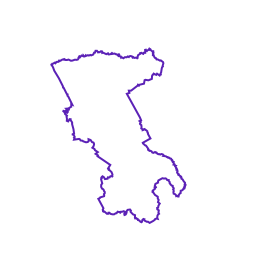 the district of Cam My, Đồng Nai, Vietnam, rotated 240°
{"feature_id": "81297802B33413589576034", "entity_name": "Cam My", "entity_type": "district", "adm_level": 2, "iso_a3": "VNM", "parent_name": "Vietnam", "parent_adm1": "Đồng Nai", "projection": "mercator", "projection_center": [107.218, 10.784], "detail": "fine", "context": "isolated", "style": "outline", "palette": "violet", "viewbox_px": 256, "rotation_deg": 240, "n_neighbors": 0, "source": "geoboundaries", "source_scale": "gbopen_adm2", "svg_char_len": 5744}
<svg xmlns="http://www.w3.org/2000/svg" viewBox="0 0 256 256"><g transform="rotate(240 128 128)"><path d="M81.5,66.9L70.8,66.6L69.9,65.3L68.7,65.3L68.8,64.9L68.3,64.7L67.7,65.0L67.2,65.9L64.2,66.9L63.6,68.1L64.4,68.7L64.1,69.4L62.2,70.1L60.9,71.5L60.2,72.8L60.3,74.7L59.9,75.4L60.7,77.2L59.7,78.2L59.3,79.2L58.8,78.8L58.5,79.0L59.0,80.1L58.4,81.1L58.1,82.7L56.9,83.4L56.6,82.9L55.6,82.9L55.6,82.3L55.1,82.1L55.2,81.7L54.4,81.5L54.2,82.5L54.6,83.5L55.6,84.6L56.6,85.1L57.3,86.7L56.4,89.0L55.0,89.2L54.4,88.4L54.0,88.3L50.6,89.2L49.0,90.5L46.8,89.1L46.1,89.0L45.7,90.2L44.8,90.3L44.3,90.9L43.3,90.6L42.4,91.5L40.6,91.9L39.7,92.5L39.8,93.2L41.2,94.5L41.5,95.9L40.8,96.5L40.5,96.0L39.4,96.1L37.3,97.5L36.9,98.4L35.0,99.3L34.9,103.2L35.1,105.3L35.6,106.0L35.3,107.5L34.5,108.3L35.8,108.5L37.4,109.7L38.1,110.9L38.2,112.0L39.4,112.0L41.3,113.5L42.9,112.7L44.2,113.3L44.0,114.3L45.5,115.5L46.7,117.7L48.8,116.9L50.4,118.6L52.0,118.5L53.6,119.4L56.6,117.9L59.2,117.7L60.3,117.3L60.4,117.9L61.4,118.1L61.9,121.0L62.9,121.2L62.7,122.5L63.3,122.6L64.3,122.1L65.9,123.8L65.7,126.7L66.2,126.8L67.4,128.1L67.3,132.7L66.2,133.9L65.7,135.2L64.9,135.8L63.4,135.9L62.6,137.1L62.2,136.7L60.6,137.1L59.6,136.5L58.9,136.8L58.1,136.5L56.3,137.1L55.6,137.8L54.7,137.3L53.1,137.5L52.6,137.3L52.3,136.4L51.3,136.4L50.1,135.8L49.9,135.3L48.3,134.7L47.1,135.7L45.8,136.0L44.9,135.7L44.7,136.6L44.0,136.7L43.4,137.5L44.7,138.7L45.4,140.2L45.3,141.0L47.3,142.3L46.9,144.1L48.0,146.1L47.4,146.2L47.4,146.6L47.9,146.7L48.2,147.4L48.8,147.3L49.0,148.2L50.0,148.4L49.9,149.0L50.5,149.0L50.5,149.5L51.6,149.5L52.2,150.0L53.8,149.6L56.1,149.6L57.5,148.9L58.2,149.5L59.2,149.7L59.5,149.0L60.4,149.2L61.7,148.5L62.3,148.8L62.6,148.2L63.3,148.5L64.8,148.2L65.4,148.6L65.5,149.1L66.6,149.6L67.2,149.7L67.5,149.2L68.0,149.6L68.6,149.4L68.8,149.9L71.0,149.7L71.3,150.4L71.8,149.7L72.8,149.9L73.3,149.4L73.4,149.9L73.8,149.6L74.8,150.2L75.8,149.8L76.0,150.2L76.2,149.9L76.9,150.2L77.6,149.8L78.2,150.2L78.5,149.9L78.9,150.3L78.7,149.9L79.8,150.0L80.7,149.0L81.5,149.0L82.1,147.9L83.0,147.9L83.3,147.2L84.5,146.7L86.1,144.7L86.3,145.3L87.8,144.9L88.8,143.8L88.9,142.6L89.9,141.9L90.1,141.2L91.2,140.5L92.5,140.4L93.2,139.8L92.9,139.6L93.8,138.7L93.8,137.5L94.6,136.8L96.1,136.7L97.2,135.9L97.4,135.2L98.4,134.8L98.8,135.1L99.4,135.1L99.5,134.7L100.3,135.1L103.7,134.8L104.4,134.2L107.1,133.3L107.8,133.4L107.7,142.2L112.7,142.3L113.6,142.8L114.3,142.6L115.6,143.1L117.1,142.6L117.9,141.9L118.8,141.9L119.2,140.5L118.7,140.0L118.8,139.6L119.5,140.0L121.0,139.3L122.0,140.2L123.9,141.0L125.2,140.4L125.9,140.6L126.7,142.0L128.2,141.5L128.1,143.2L131.3,143.6L158.2,144.1L157.7,146.8L159.9,147.4L158.8,149.4L159.9,157.6L160.5,158.3L159.9,158.7L158.8,157.8L159.7,159.6L158.4,164.0L161.1,166.3L161.0,167.2L159.1,169.5L158.6,173.2L161.0,174.8L161.9,176.2L161.6,177.0L162.1,177.5L159.9,179.0L160.5,180.3L157.7,181.6L158.0,182.0L157.9,183.1L158.7,183.2L159.5,184.4L162.7,187.0L163.5,187.8L163.9,189.0L164.4,189.0L166.4,191.0L167.5,191.3L170.2,190.2L170.3,189.4L172.6,188.0L173.1,187.0L174.6,187.1L175.1,186.5L175.9,186.3L177.7,186.5L178.4,186.0L178.8,186.6L179.3,186.4L180.3,186.9L180.1,187.4L180.4,187.7L180.8,187.9L181.1,187.5L181.8,188.0L181.9,187.5L184.3,186.6L184.9,186.7L184.9,185.9L185.9,185.9L185.4,184.9L185.5,183.5L185.2,182.8L185.8,182.4L186.9,182.6L187.1,181.9L184.5,180.5L185.3,179.1L184.6,178.3L185.7,177.4L186.4,177.2L186.8,175.9L186.1,175.4L186.1,173.3L184.7,171.7L183.9,171.4L183.8,170.8L184.8,170.4L185.6,168.4L186.7,168.1L186.7,167.2L187.9,167.3L189.0,166.3L189.4,165.1L189.0,164.2L190.1,163.5L189.9,162.2L190.9,160.7L190.7,158.9L192.3,158.0L192.3,157.2L193.6,157.5L194.7,156.1L196.0,157.1L196.4,157.0L196.2,155.4L197.5,155.1L198.1,154.2L199.1,153.7L200.1,151.2L200.7,151.7L201.0,151.6L200.7,149.9L201.2,148.3L201.5,147.9L202.7,148.0L202.8,146.1L205.7,144.1L205.9,143.2L207.3,143.8L208.0,143.0L207.8,141.3L208.6,140.4L208.5,139.9L210.4,139.7L211.1,138.5L209.8,137.1L210.2,136.3L209.0,134.6L209.3,132.4L210.1,131.9L210.3,130.3L211.1,129.7L211.4,128.0L212.0,127.8L211.5,127.1L211.8,125.9L213.3,125.6L212.7,125.0L214.0,124.0L213.5,122.4L214.5,121.8L214.4,121.5L213.3,121.3L213.6,120.3L213.0,120.0L212.4,118.8L212.7,117.6L213.7,116.2L214.2,113.5L214.8,112.2L217.0,110.7L217.4,109.1L218.3,107.7L219.3,107.5L219.2,106.7L219.8,106.5L220.1,105.0L220.0,103.4L220.3,103.0L220.1,102.2L220.8,101.9L220.2,100.6L220.9,99.4L220.4,97.5L221.2,97.4L221.2,95.0L221.5,94.5L221.1,94.0L221.2,93.4L220.4,93.2L220.1,93.5L217.9,93.4L214.5,92.8L205.7,93.0L196.8,92.5L195.5,92.0L195.1,92.4L188.0,92.0L187.3,92.5L186.3,91.7L184.9,92.0L176.0,91.4L176.9,90.7L174.8,89.5L174.8,87.1L173.6,86.1L174.2,85.4L174.9,85.7L175.4,84.6L175.0,84.8L174.8,84.1L174.3,84.3L174.2,83.7L173.0,84.5L171.9,83.8L171.6,82.9L173.6,82.4L173.6,81.6L174.3,81.5L175.1,80.7L174.9,80.4L174.2,80.7L172.0,80.8L171.6,80.5L169.1,81.3L168.7,80.5L166.4,79.7L164.8,78.6L163.6,79.5L164.9,81.8L164.3,82.7L163.4,82.2L161.4,82.4L160.2,82.2L159.6,81.6L154.3,80.2L150.1,78.5L150.3,77.0L150.0,76.8L149.1,77.5L147.0,77.4L146.6,76.4L145.9,76.6L144.9,75.4L143.0,80.2L142.2,80.7L140.9,80.7L139.7,82.3L138.9,82.5L136.6,84.5L136.0,86.1L136.3,87.4L138.0,88.2L136.3,89.6L133.7,89.8L132.7,90.8L131.7,90.8L130.6,90.3L129.3,88.8L128.7,87.3L126.5,88.5L125.3,88.3L122.2,89.8L121.8,87.0L119.3,88.3L118.8,87.5L104.9,94.2L103.0,90.6L102.2,91.0L101.8,90.3L101.3,90.4L101.1,90.8L98.0,91.7L95.5,91.3L95.0,90.7L94.0,90.4L93.9,90.1L94.4,89.8L95.0,88.6L94.4,87.3L95.3,85.9L94.3,85.0L95.3,82.5L97.5,82.5L98.9,81.8L98.7,80.8L97.8,80.3L98.0,79.9L97.4,79.6L97.2,79.1L92.9,78.0L92.2,76.4L90.4,75.3L88.4,75.2L87.4,75.9L86.5,76.0L85.4,75.7L84.3,75.9L83.2,75.3L82.8,74.1L81.7,73.8L80.9,73.2L81.8,69.2L81.4,68.6L81.5,66.9Z" fill="none" stroke="#5b21b6" stroke-width="2"/></g></svg>